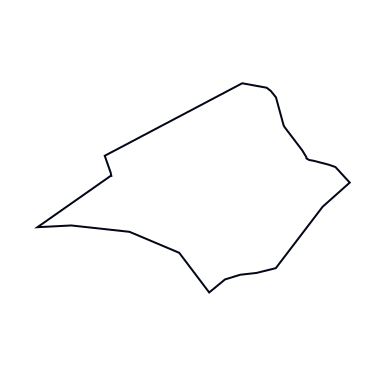 SVG path tracing the border of Christ Church, rotated 353°
{"feature_id": "BRB-1989", "entity_name": "Christ Church", "entity_type": "Parish", "adm_level": 1, "iso_a3": "BRB", "parent_name": "Barbados", "parent_adm1": "", "projection": "albers", "projection_center": [-59.519, 13.09], "detail": "fine", "context": "isolated", "style": "outline", "palette": "ink", "viewbox_px": 384, "rotation_deg": 353, "n_neighbors": 0, "source": "natural_earth", "source_scale": "10m", "svg_char_len": 510}
<svg xmlns="http://www.w3.org/2000/svg" viewBox="0 0 384 384"><g transform="rotate(353 192 192)"><path d="M349.7,201.9L319.9,222.5L265.9,277.8L246.0,280.2L229.8,280.0L214.1,282.8L196.8,293.8L171.9,250.8L125.1,223.9L68.1,210.5L34.3,208.1L112.8,166.3L113.9,166.2L113.6,162.7L109.8,145.4L255.1,90.2L278.8,97.6L282.6,101.4L286.9,108.4L291.0,136.7L291.7,138.7L306.6,164.3L309.8,171.5L309.7,172.6L312.2,174.5L316.4,175.8L330.9,181.5L337.4,184.7L349.7,201.9Z" fill="none" stroke="#020617" stroke-width="2"/></g></svg>